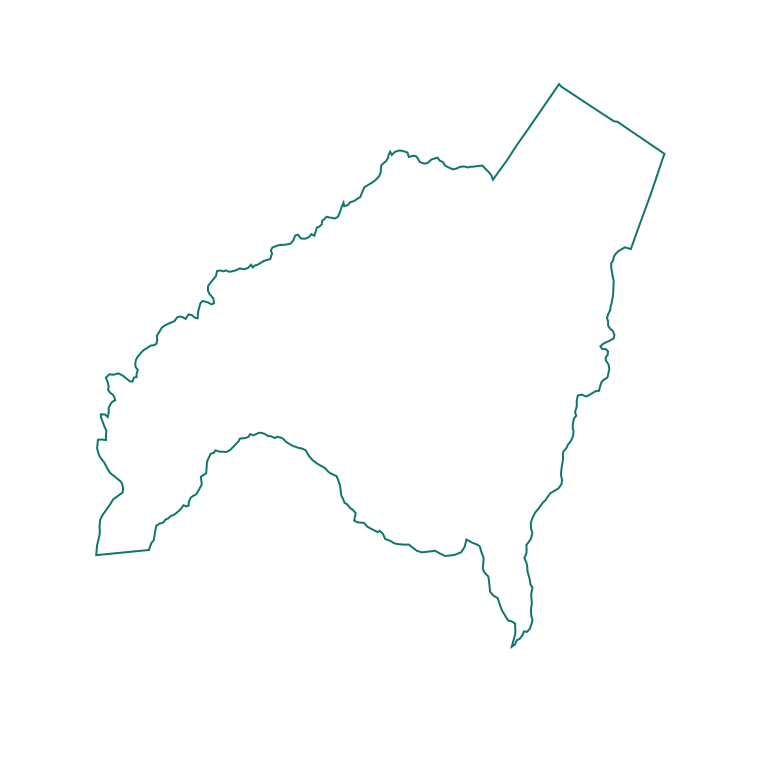 Theobroma, Rondônia, Brazil, rotated 173°
{"feature_id": "56859067B32402961436", "entity_name": "Theobroma", "entity_type": "district", "adm_level": 2, "iso_a3": "BRA", "parent_name": "Brazil", "parent_adm1": "Rondônia", "projection": "robinson", "projection_center": [-62.291, -10.089], "detail": "fine", "context": "isolated", "style": "outline", "palette": "teal", "viewbox_px": 768, "rotation_deg": 173, "n_neighbors": 0, "source": "geoboundaries", "source_scale": "gbopen_adm2", "svg_char_len": 5334}
<svg xmlns="http://www.w3.org/2000/svg" viewBox="0 0 768 768"><g transform="rotate(173 384 384)"><path d="M77.5,578.2L120.5,615.9L123.9,616.8L150.3,639.2L171.6,657.4L173.7,660.3L211.8,617.3L223.0,605.0L234.0,591.8L251.0,573.5L252.0,577.8L254.2,581.6L257.0,585.0L259.6,588.8L266.1,588.9L269.1,588.8L271.9,589.1L274.6,588.7L277.9,590.2L282.2,590.2L286.1,588.9L289.6,588.7L294.2,591.5L297.2,593.8L298.4,597.0L301.4,598.9L303.4,602.2L309.4,601.1L313.6,598.3L316.4,597.7L319.2,598.7L321.6,600.3L322.8,603.4L324.6,606.3L327.2,607.0L331.7,606.3L332.5,610.9L337.1,613.1L340.5,613.9L344.9,613.1L348.3,610.4L349.6,613.8L351.5,610.9L352.3,608.1L354.9,604.9L357.3,603.4L360.2,601.2L361.4,594.8L363.4,591.0L366.1,588.5L370.5,585.7L375.2,583.6L379.5,581.7L383.3,575.3L384.7,572.5L389.2,570.4L391.6,569.2L395.2,568.6L398.1,566.0L401.9,565.4L402.1,568.9L404.7,564.6L406.0,561.4L407.8,558.2L409.4,555.5L412.7,554.3L417.2,555.7L420.6,557.0L423.2,555.0L425.7,553.2L426.1,550.3L429.1,548.0L431.7,547.4L433.2,543.7L435.1,539.6L437.7,541.6L440.7,538.9L444.5,537.8L448.7,538.5L451.2,542.7L454.0,542.2L456.9,537.1L460.1,534.6L465.4,534.3L469.2,534.6L471.7,534.6L478.1,533.1L480.1,530.2L479.2,527.3L481.6,521.9L488.3,520.8L495.0,517.7L498.0,517.4L500.1,515.7L501.4,518.6L505.0,515.7L509.0,514.9L513.0,516.3L517.1,514.9L522.3,514.2L524.8,514.5L527.2,516.0L529.6,515.4L532.7,516.7L536.0,516.4L537.6,511.7L542.7,506.8L546.7,502.7L547.4,498.1L546.1,494.3L544.4,492.0L542.8,489.3L543.0,484.9L545.4,484.0L549.0,486.5L553.8,488.5L556.4,486.5L559.4,479.1L560.3,475.1L561.0,471.9L563.5,472.8L566.3,475.7L569.5,476.9L573.0,472.8L575.6,474.8L578.1,475.8L581.2,475.4L584.3,471.9L589.8,470.4L594.5,468.9L597.9,466.7L600.8,462.9L603.7,459.3L603.7,455.4L604.9,451.8L607.4,450.5L610.5,450.6L615.4,448.3L618.2,447.1L620.5,445.4L625.4,440.8L627.2,438.2L628.3,435.0L628.6,431.2L626.6,428.1L628.4,424.0L628.7,421.1L631.5,420.8L633.4,417.1L635.8,417.6L642.1,424.0L646.2,426.9L651.5,426.2L655.4,427.1L659.3,424.1L658.1,419.7L657.5,415.2L658.6,411.8L656.8,408.6L654.4,406.3L653.2,403.8L652.8,400.6L655.6,399.6L657.9,397.5L660.3,393.5L660.6,389.7L662.2,384.9L664.6,387.7L668.7,388.4L669.0,385.6L666.4,374.8L665.3,371.8L666.2,367.0L666.8,362.2L670.8,363.3L674.7,363.5L676.6,355.4L675.9,349.6L674.8,346.1L671.2,340.0L668.3,332.2L666.5,328.9L657.0,319.1L655.9,316.2L655.7,311.9L656.7,308.1L663.7,304.2L666.8,302.6L670.5,297.9L679.5,288.0L682.2,283.9L683.7,277.3L684.1,271.8L685.0,268.0L688.5,258.7L690.5,249.2L637.4,247.9L636.3,250.7L634.2,254.5L631.5,257.2L628.4,267.8L627.4,270.9L624.3,272.6L619.8,273.5L617.3,276.2L614.8,276.7L612.0,278.8L607.9,280.0L604.1,282.3L599.9,285.7L597.8,288.1L595.1,286.6L592.6,287.2L592.2,290.7L589.7,294.7L586.7,296.4L583.9,297.3L580.2,302.1L577.1,306.6L577.1,314.3L571.4,317.0L569.7,325.5L568.7,329.3L564.5,335.9L561.1,336.5L559.5,338.7L555.6,336.9L553.0,336.6L548.4,335.7L544.5,337.4L535.3,344.9L533.6,347.4L527.8,347.3L524.6,348.3L523.1,350.5L519.8,349.0L514.0,350.8L511.5,350.4L508.6,349.1L505.7,346.7L502.3,345.8L499.0,343.6L496.5,344.7L492.7,343.2L490.3,341.4L488.6,338.8L485.2,336.0L482.3,333.9L476.6,331.0L472.9,329.8L469.9,327.8L467.4,322.0L464.4,317.5L460.4,313.4L452.9,307.8L450.2,304.0L448.3,302.1L442.2,298.2L440.8,292.4L440.0,288.1L440.0,278.5L438.6,274.9L437.6,270.8L435.1,269.0L432.8,265.1L430.2,262.8L427.8,259.2L430.3,252.1L427.4,250.1L420.7,248.5L418.0,244.5L414.5,241.9L410.9,239.5L408.5,237.7L406.2,238.8L403.4,235.5L401.7,230.0L396.5,227.3L393.5,224.8L390.5,223.6L383.2,222.0L379.1,221.7L371.9,214.6L367.1,212.3L359.6,212.2L353.8,212.3L348.8,208.7L344.1,205.8L335.1,205.7L327.9,207.6L323.8,212.5L321.2,219.5L318.4,217.7L315.4,215.5L311.0,213.2L308.7,211.1L308.0,206.3L306.3,199.2L307.0,195.3L308.5,189.0L307.5,185.2L305.8,182.6L303.9,180.3L303.8,176.2L304.0,164.9L301.2,160.6L297.2,157.6L295.9,150.7L294.4,144.6L289.6,134.1L286.3,132.8L283.1,130.3L283.8,121.9L284.5,119.2L289.2,107.7L285.7,109.5L283.6,113.3L280.3,114.6L277.1,117.8L275.3,121.4L272.2,120.6L269.0,123.4L266.7,128.1L265.4,131.5L266.0,135.1L265.9,139.8L265.3,143.6L264.2,147.3L263.8,151.5L263.8,154.8L263.3,158.3L261.5,163.6L263.1,167.4L263.1,171.9L264.4,180.7L264.1,184.9L264.4,189.2L265.9,194.2L264.1,197.0L263.0,199.5L262.2,206.9L257.2,212.2L254.9,217.8L255.7,222.7L255.2,228.2L253.0,232.9L249.6,238.0L246.8,240.5L243.4,244.1L240.6,247.1L237.9,249.0L234.9,252.5L232.3,255.3L228.5,256.9L223.6,259.1L220.0,263.0L219.0,266.8L219.4,272.4L218.5,276.7L217.7,280.0L216.0,285.7L215.2,289.2L215.1,292.3L214.1,295.3L210.9,298.0L208.7,301.4L205.9,304.2L203.8,307.1L202.5,310.1L201.6,313.8L202.1,317.1L201.5,321.0L199.6,326.7L197.1,329.1L197.8,332.8L195.4,338.3L194.7,344.1L193.0,349.0L188.8,349.3L185.0,347.0L182.3,347.8L179.5,349.0L174.8,351.1L171.5,351.0L170.2,354.3L167.9,359.4L165.5,361.3L161.5,363.2L160.3,366.2L159.5,368.9L158.4,371.4L158.8,376.0L160.9,380.4L160.7,383.6L158.5,385.5L157.7,389.1L159.5,391.6L163.4,392.4L164.6,395.1L160.8,397.6L156.1,399.0L150.7,401.1L149.3,404.5L150.4,408.8L152.5,410.9L154.4,414.3L154.0,418.9L154.6,422.5L153.2,425.6L150.4,430.0L149.7,433.1L148.3,436.4L146.7,441.4L145.5,445.8L144.8,450.3L143.4,458.8L144.0,463.8L144.0,467.1L144.3,471.6L143.8,475.9L141.8,478.5L140.4,482.1L138.6,484.6L135.3,487.3L128.2,490.3L122.6,487.8L118.6,495.7L110.7,511.4L95.3,541.5L79.3,575.0L77.5,578.2Z" fill="none" stroke="#0f766e" stroke-width="2"/></g></svg>